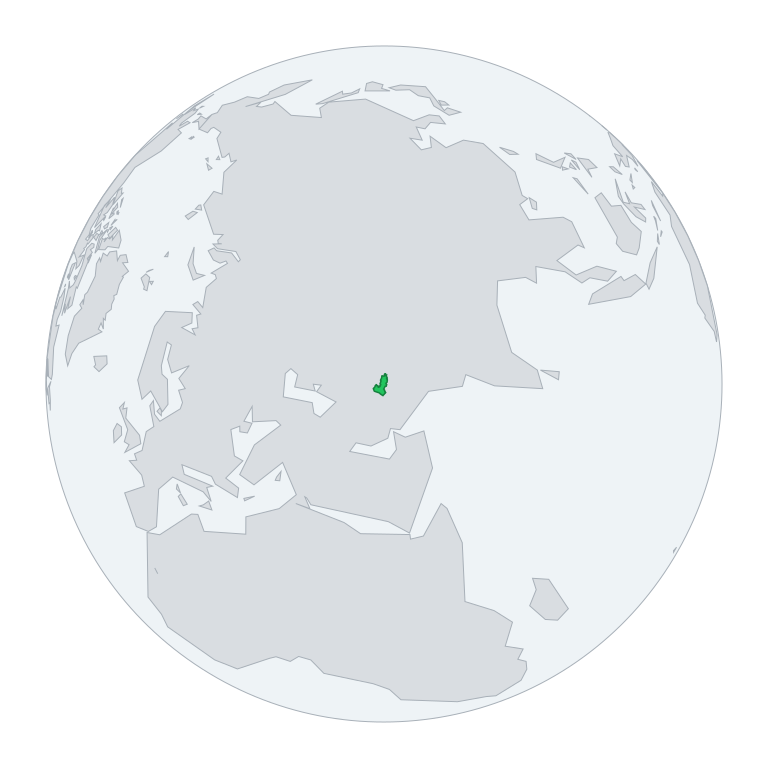 Farah on an orthographic globe, rotated 304°
{"feature_id": "AFG-1749", "entity_name": "Farah", "entity_type": "Province", "adm_level": 1, "iso_a3": "AFG", "parent_name": "Afghanistan", "parent_adm1": "", "projection": "orthographic", "projection_center": [62.843, 32.453], "detail": "medium", "context": "on_globe", "style": "filled", "palette": "green", "viewbox_px": 768, "rotation_deg": 304, "n_neighbors": 0, "source": "natural_earth", "source_scale": "10m", "svg_char_len": 12460}
<svg xmlns="http://www.w3.org/2000/svg" viewBox="0 0 768 768"><g transform="rotate(304 384 384)"><circle cx="384" cy="384" r="338" fill="#eef3f6" stroke="#a8b0b8"/><path d="M433.1,49.7L435.9,50.2L466.1,58.4L482.3,62.6L473.5,61.2L508.7,71.4L529.3,81.0L501.8,69.5L495.9,68.0L507.8,73.5L504.3,73.4L508.0,76.3L502.7,75.9L487.0,70.2L483.3,70.1L492.0,74.2L492.1,77.1L479.9,70.9L478.9,75.6L452.6,69.0L424.3,56.4L405.5,55.8L365.3,51.8L364.8,53.2L349.2,53.9L342.8,56.1L337.2,55.6L337.0,58.0L343.4,58.1L345.4,59.4L342.2,61.0L334.5,60.3L334.9,59.4L331.0,60.1L328.5,59.3L327.9,60.6L318.9,60.2L323.0,63.1L311.8,65.0L307.2,64.1L314.0,60.8L320.0,53.6L317.4,53.3L306.8,55.2L273.6,65.0L268.0,66.7L257.5,70.7L281.5,62.0L306.1,55.2L331.2,50.2L356.6,47.2L382.1,46.1L407.7,46.9L433.1,49.7ZM255.9,71.3L256.0,71.4L265.5,68.0L262.7,70.2L274.7,66.7L275.3,67.5L285.1,66.1L276.8,70.2L263.3,75.3L254.8,77.0L248.6,79.6L251.2,81.7L229.9,89.5L206.6,103.6L201.8,105.7L202.5,101.8L216.6,91.5L217.4,90.0L255.9,71.3ZM216.5,90.5L209.9,95.3L198.1,102.0L193.2,105.4L189.8,108.0L191.5,107.4L186.1,111.1L190.9,106.7L196.4,103.0L194.8,104.1L200.8,100.1L216.5,90.5ZM494.7,66.2L487.8,63.6L495.7,66.4L494.7,66.2ZM509.5,76.8L512.5,77.8L513.2,79.0L509.5,76.8ZM289.0,64.1L287.1,65.0L286.3,64.7L289.0,64.1ZM295.1,62.7L295.5,61.7L298.5,61.0L298.2,61.6L295.1,62.7ZM505.6,79.7L505.6,81.8L502.9,78.6L505.6,79.7ZM293.9,64.3L303.7,59.8L308.9,58.7L311.9,60.4L293.9,64.3ZM503.9,82.3L504.3,88.3L511.2,90.6L491.9,88.1L498.0,83.4L493.5,78.9L499.6,81.8L503.9,82.3ZM346.7,57.5L339.8,57.4L348.5,56.2L346.7,57.5ZM351.8,56.5L375.7,52.4L384.4,54.0L374.6,54.7L388.2,56.2L380.7,58.8L371.5,58.7L367.4,57.0L367.7,59.4L351.8,56.5ZM481.2,86.3L479.0,87.2L478.4,85.2L481.2,86.3ZM346.9,59.9L350.9,58.6L358.7,59.8L352.0,62.5L351.6,61.2L346.9,59.9ZM395.4,55.5L400.0,57.2L395.2,59.7L396.4,60.9L381.2,59.1L395.4,55.5ZM348.3,61.8L348.4,64.0L341.9,65.0L343.4,61.2L348.3,61.8ZM363.6,59.1L366.9,59.8L362.9,60.2L363.6,59.1ZM318.7,71.1L323.3,69.0L327.8,69.3L318.7,71.1ZM348.9,64.8L351.2,64.4L353.5,64.4L352.2,66.2L348.9,64.8ZM378.9,61.2L375.9,62.1L384.8,62.0L381.6,64.4L372.1,62.9L374.8,64.6L373.8,65.3L367.2,63.4L378.9,61.2ZM357.8,68.2L344.6,68.0L335.0,71.5L330.7,71.2L347.0,65.7L357.8,68.2ZM363.9,65.5L359.2,67.0L356.3,65.5L357.7,63.6L363.9,65.5ZM382.8,66.7L390.2,63.4L392.1,63.9L382.8,66.7ZM355.6,69.4L358.8,69.5L355.2,69.8L355.6,69.4ZM375.1,67.7L377.4,66.3L379.5,66.9L375.1,67.7ZM363.3,71.0L359.0,70.8L359.9,69.3L363.3,71.0ZM369.1,69.7L371.3,70.8L362.7,68.9L369.9,69.0L369.1,69.7ZM376.6,68.4L378.5,68.3L375.3,68.9L376.6,68.4ZM362.5,77.1L351.5,75.1L353.4,71.7L363.8,74.0L362.5,77.1ZM60.6,397.9L61.7,340.5L68.7,328.3L75.4,307.5L128.4,270.6L133.6,282.4L168.5,297.1L171.8,302.6L161.2,317.2L182.2,353.4L196.6,343.8L222.1,366.8L243.2,373.2L262.3,343.8L227.7,332.6L228.2,315.0L261.0,310.6L292.2,321.4L293.3,315.0L279.1,296.1L291.7,287.2L274.8,288.7L277.6,296.5L267.0,298.1L263.8,291.2L268.4,288.0L260.6,282.5L240.7,300.2L241.4,310.0L217.5,305.4L216.4,321.7L207.9,326.0L206.7,300.2L211.0,292.7L204.1,261.6L197.4,268.9L203.5,299.1L199.1,294.9L190.0,306.4L193.5,294.4L188.7,260.9L170.8,256.0L138.4,275.2L130.0,271.1L127.3,258.4L148.7,229.9L165.2,242.5L173.0,234.0L178.0,215.8L182.5,221.6L186.6,216.2L193.6,220.6L211.6,213.5L220.0,217.0L235.0,202.0L241.3,202.1L230.6,210.7L227.7,219.0L249.5,229.0L256.0,227.3L264.0,217.2L269.0,221.8L273.9,210.8L290.3,212.3L274.4,201.7L283.4,190.9L297.5,185.9L297.6,180.8L274.6,189.2L268.0,194.5L266.8,201.8L246.3,216.3L237.1,215.8L247.8,194.5L236.0,191.9L249.6,177.6L303.5,161.6L322.0,162.2L335.9,185.2L327.1,190.6L317.7,184.7L319.1,200.0L322.5,194.0L326.6,198.3L336.2,190.2L339.6,193.0L343.0,181.1L348.2,183.5L346.0,191.0L364.7,182.6L377.7,186.1L380.3,183.0L379.3,178.7L396.5,186.8L397.6,184.2L392.5,180.5L391.4,173.2L396.2,163.7L401.8,167.0L400.9,170.8L407.4,184.4L403.9,194.9L406.7,195.4L411.0,187.1L403.1,170.4L404.4,163.9L409.5,171.1L407.8,168.0L410.2,165.8L417.9,167.0L412.9,159.0L431.7,134.3L448.5,135.2L450.9,143.6L470.0,132.9L487.4,136.7L482.6,132.9L488.6,126.5L483.2,125.1L481.3,123.0L494.1,108.2L501.5,108.0L501.6,99.4L499.1,97.7L493.6,97.2L491.9,88.1L511.2,90.6L515.8,94.1L524.7,94.1L534.0,102.4L545.7,110.0L550.7,120.5L559.6,126.3L562.0,125.8L576.0,134.0L596.1,154.5L568.9,140.2L536.6,114.1L548.8,124.4L542.8,123.1L545.2,127.7L554.1,135.5L557.2,135.6L554.8,156.7L569.9,183.1L576.7,176.5L586.8,180.6L609.9,209.4L618.8,261.2L632.4,270.9L637.1,279.9L633.9,289.4L626.9,276.3L618.5,275.3L615.1,267.0L607.5,279.3L602.3,268.1L599.0,284.0L606.6,291.0L615.2,283.6L614.6,303.3L630.6,313.5L638.8,331.8L633.0,374.1L617.6,393.1L618.0,399.5L608.6,396.2L601.1,412.4L622.4,439.2L623.5,448.9L608.9,473.9L607.7,467.1L583.0,458.3L581.8,482.3L600.7,494.6L607.4,513.6L594.3,511.9L587.2,495.3L578.4,491.6L578.3,471.4L566.3,444.2L552.9,454.1L551.6,441.8L533.0,420.5L512.5,433.5L481.6,472.2L481.3,503.3L468.9,518.2L444.3,476.7L437.5,446.6L425.9,450.3L402.8,425.0L355.1,422.8L350.7,414.3L341.2,417.5L325.3,407.9L319.6,393.7L308.9,393.3L324.8,430.5L336.6,431.0L349.8,418.6L351.8,431.4L367.4,443.3L341.5,471.2L274.7,488.5L272.3,464.6L243.0,390.9L246.2,383.9L246.3,383.0L246.2,381.4L239.2,392.3L235.6,377.7L246.8,428.3L246.8,448.3L273.7,489.7L270.2,492.7L280.0,501.7L316.8,498.2L316.1,505.8L296.2,537.6L248.9,572.8L257.7,602.0L258.4,623.7L234.4,631.1L242.1,647.5L230.6,648.9L233.5,656.9L227.4,661.9L215.0,663.3L188.1,651.1L182.0,643.5L161.7,622.6L131.7,574.6L133.8,559.3L129.5,542.7L110.5,496.0L114.3,477.6L110.4,465.6L101.6,461.4L97.5,447.0L92.7,442.6L65.8,421.8L60.6,397.9ZM103.3,296.8L100.2,302.5L103.3,296.8ZM320.8,349.7L342.3,354.3L339.9,332.4L348.0,332.7L344.3,325.5L339.7,330.9L331.6,311.6L343.5,307.2L344.7,298.2L337.5,296.3L317.0,307.7L328.4,334.9L320.4,342.4L320.8,349.7ZM197.8,102.3L197.2,102.8L192.9,105.9L193.3,105.4L197.8,102.3ZM183.9,116.5L175.4,122.2L181.7,117.4L180.5,117.2L192.4,107.5L200.0,106.4L194.5,108.3L183.9,116.5ZM210.4,95.5L202.0,101.0L210.9,95.1L210.4,95.5ZM202.0,184.8L201.7,190.2L195.0,195.0L184.4,193.0L194.0,185.7L202.0,184.8ZM202.8,197.1L216.4,177.9L223.5,179.1L217.2,181.5L220.5,184.3L211.3,189.0L204.8,210.0L198.5,215.8L182.4,207.4L191.1,206.6L190.9,201.0L202.8,197.1ZM238.6,134.2L244.6,128.0L252.3,138.4L245.8,143.2L234.9,140.8L236.1,133.9L238.6,134.2ZM297.4,68.9L299.2,67.4L301.3,67.4L301.6,68.7L297.4,68.9ZM320.5,70.1L291.8,76.2L292.4,74.6L274.8,81.2L269.6,79.7L281.1,75.2L264.0,79.6L272.3,75.0L260.4,78.7L286.7,68.9L293.5,65.6L287.9,69.7L292.5,71.0L296.6,70.6L313.1,67.4L330.0,61.9L337.3,63.1L337.9,65.5L335.0,67.0L331.2,65.5L330.0,68.6L322.2,67.8L320.5,70.1ZM341.5,103.7L338.3,99.5L334.6,109.2L326.8,106.9L326.9,108.2L318.6,108.9L308.8,112.3L306.2,110.6L303.5,112.8L298.0,113.6L293.4,116.1L287.1,114.1L281.0,117.2L281.5,114.6L272.6,120.6L276.4,115.3L269.7,116.5L269.5,121.0L247.1,108.1L234.7,108.2L222.2,111.6L230.5,103.1L247.4,95.2L267.1,89.4L277.8,91.1L279.6,87.5L285.3,87.4L281.5,90.3L290.7,86.0L294.3,86.8L311.9,84.3L322.9,78.4L329.6,77.7L327.1,80.5L335.5,78.0L335.4,82.9L340.1,82.7L344.8,87.9L337.2,94.0L343.2,93.4L347.0,97.8L341.5,103.7ZM363.4,78.6L356.2,85.6L348.4,88.0L343.5,78.1L339.2,77.6L335.9,72.3L347.3,69.2L347.2,70.9L349.8,71.9L345.2,72.5L350.8,72.8L350.8,75.4L355.2,76.4L351.6,78.3L363.4,78.6ZM179.6,299.1L182.8,301.8L188.9,304.1L183.3,311.8L179.6,299.1ZM175.7,276.3L179.3,277.0L174.3,288.1L170.9,285.7L175.7,276.3ZM185.5,268.4L179.9,276.2L180.9,270.6L185.5,268.4ZM234.4,211.1L238.7,211.6L237.5,214.3L233.2,217.1L234.4,211.1ZM328.8,135.3L328.2,131.7L330.5,131.0L335.9,123.4L342.1,125.0L341.3,130.2L328.8,135.3ZM254.0,347.5L245.5,351.7L243.3,347.7L246.7,347.0L254.0,347.5ZM210.8,331.8L218.7,339.5L209.2,333.8L210.8,331.8ZM336.4,135.7L337.9,132.2L340.1,135.3L336.4,135.7ZM346.9,125.8L350.2,128.6L343.5,124.3L346.9,125.8ZM407.7,717.2L412.3,717.8L406.4,718.2L407.7,717.2ZM314.2,629.8L300.8,662.5L285.3,660.0L279.0,649.4L281.6,628.8L298.6,625.2L306.0,615.8L314.2,629.8ZM660.7,531.0L666.0,528.2L665.6,529.6L660.7,531.0ZM655.2,530.8L661.8,526.7L653.6,534.3L655.2,530.8ZM664.3,525.1L671.0,517.9L673.9,513.7L673.1,516.8L664.3,525.1ZM650.5,533.8L622.5,548.6L610.8,550.7L614.1,544.8L633.2,536.9L650.5,533.8ZM613.2,545.1L594.4,539.6L564.5,509.1L575.3,506.5L605.7,520.3L603.9,525.2L615.3,531.1L613.2,545.1ZM656.3,498.7L654.3,512.0L639.4,519.5L632.3,521.2L627.5,507.6L630.3,498.0L636.3,495.3L656.4,454.7L664.0,457.2L658.6,473.1L664.6,480.5L656.3,498.7ZM483.0,505.9L492.2,522.4L485.1,526.3L483.0,505.9ZM662.1,429.3L655.6,447.1L660.8,425.5L662.1,429.3ZM663.8,410.4L665.4,416.5L661.1,412.4L663.8,410.4ZM620.0,408.7L613.8,413.3L612.5,408.7L619.7,400.2L620.0,408.7ZM644.9,347.4L649.2,361.3L649.5,366.7L644.6,359.9L644.9,347.4ZM391.5,150.0L377.0,158.4L370.8,166.7L373.7,174.5L363.4,167.7L373.1,154.8L391.5,150.0ZM426.2,135.6L423.5,129.7L428.7,130.5L430.0,132.0L426.2,135.6ZM421.7,133.3L410.9,129.7L412.1,125.3L420.4,129.0L421.7,133.3ZM373.3,131.3L368.6,133.5L366.9,130.9L373.3,131.3ZM646.2,597.2L611.1,632.6L604.8,636.2L612.2,628.4L618.1,613.1L620.7,611.8L626.3,598.7L653.9,570.5L675.4,534.3L684.0,526.7L694.6,501.3L701.3,492.5L695.6,510.0L698.1,508.5L710.7,468.7L708.3,479.0L699.7,504.5L689.1,529.2L676.7,552.9L662.3,575.7L646.2,597.2ZM673.8,522.2L682.1,507.0L685.7,502.9L673.8,522.2ZM715.7,448.8L715.6,447.2L712.2,461.9L706.5,472.8L709.0,464.4L709.1,457.3L701.0,465.9L699.4,462.5L703.0,454.4L696.6,457.5L703.8,446.5L705.9,454.8L709.6,440.6L714.4,434.1L717.7,429.2L718.6,430.5L717.8,435.8L717.6,437.7L715.7,448.8ZM702.2,472.4L703.3,470.9L701.9,475.7L702.2,472.4ZM719.4,425.6L719.2,426.8L720.0,419.9L719.4,425.6ZM721.3,404.9L721.3,404.5L721.3,404.0L721.3,404.9ZM687.7,478.5L687.1,482.1L685.0,481.6L687.7,478.5ZM690.6,473.8L696.6,471.0L689.9,477.2L690.6,473.8ZM668.5,480.7L670.8,486.8L678.1,476.4L672.5,487.7L676.6,496.7L674.6,502.8L670.7,492.7L667.9,508.2L664.6,510.3L663.6,499.4L667.3,482.0L670.6,473.4L683.4,460.9L668.5,480.7ZM690.9,464.4L689.1,456.9L690.3,449.5L692.3,452.6L690.9,464.4ZM682.5,439.5L676.1,432.9L671.6,440.8L679.6,418.0L684.5,428.0L682.5,439.5ZM675.2,419.2L671.1,426.5L674.5,414.0L675.2,419.2ZM669.3,423.7L667.6,416.5L671.5,414.8L669.3,423.7ZM677.6,417.7L676.3,404.2L679.4,410.3L677.6,417.7ZM662.6,400.6L673.2,407.3L661.6,409.6L655.4,384.9L659.9,381.2L662.6,400.6ZM651.5,281.7L647.2,275.5L649.7,270.8L651.9,276.4L651.5,281.7ZM653.7,252.2L648.9,267.6L644.4,281.1L648.4,282.1L652.2,295.6L643.2,287.7L642.4,269.8L646.8,261.9L642.2,251.2L642.3,240.7L634.2,229.5L632.5,222.6L641.2,230.6L653.7,252.2ZM630.4,225.1L616.4,204.4L623.4,201.5L628.1,205.4L631.6,215.8L627.7,216.7L630.4,225.1ZM615.1,198.8L611.1,199.7L582.1,176.3L577.8,170.9L603.5,185.8L601.2,187.7L607.1,194.3L615.1,198.8ZM482.5,88.6L479.3,87.3L482.7,87.5L482.5,88.6ZM478.2,122.4L476.3,119.5L480.3,119.4L478.2,122.4ZM473.1,111.7L469.9,113.8L470.9,110.2L473.1,111.7ZM463.1,119.0L467.5,114.0L466.7,120.8L463.1,119.0Z" fill="#d9dde1" stroke="#a8b0b8" stroke-width="1"/><path d="M377.8,390.2L374.0,389.6L373.8,389.6L373.7,388.6L373.8,388.1L373.7,387.6L373.8,386.9L373.7,386.6L373.7,386.4L373.9,386.1L374.0,385.1L372.8,380.7L372.7,380.3L372.7,379.8L373.7,378.5L374.1,378.2L374.1,377.8L374.5,377.7L375.7,378.0L376.9,378.0L377.1,378.0L377.3,377.9L377.5,377.7L378.1,377.8L379.1,377.9L379.2,378.1L379.0,378.3L379.0,378.7L378.6,379.1L378.8,379.4L379.1,379.8L378.2,380.7L378.2,381.3L378.3,381.4L378.7,381.4L379.1,381.8L379.6,381.4L379.8,381.4L379.9,381.8L380.0,382.0L380.6,381.8L381.6,381.7L381.7,381.2L381.7,380.9L382.3,380.4L382.5,380.4L382.7,380.5L383.0,380.5L383.3,380.3L383.5,380.1L383.8,380.1L384.4,379.9L384.4,380.0L384.8,379.9L385.0,379.7L385.2,379.0L385.5,378.9L385.8,379.0L386.2,378.8L387.5,378.7L388.1,378.4L388.7,378.3L389.0,377.9L389.4,377.7L389.5,377.7L389.7,377.9L390.2,378.7L390.2,379.1L390.4,379.2L390.8,379.8L391.0,379.8L391.4,380.0L391.7,379.9L391.6,379.6L392.1,379.4L392.3,378.9L392.7,379.0L393.1,379.1L393.3,379.4L393.2,379.7L393.2,379.9L392.8,380.3L392.5,380.6L392.4,381.1L392.6,381.2L391.7,381.6L391.4,381.9L391.4,382.1L391.1,382.4L391.0,382.6L391.2,382.9L390.6,383.3L390.0,383.3L389.9,383.2L389.8,383.3L389.7,383.4L389.7,383.5L389.9,384.0L389.5,384.3L389.4,384.3L389.0,384.5L388.9,384.7L388.6,384.7L388.4,384.8L388.0,385.1L387.4,385.5L386.4,385.3L385.6,385.2L385.3,385.5L385.2,386.3L385.0,386.6L384.7,386.7L384.1,386.8L383.5,387.1L383.4,387.0L382.8,386.3L382.5,386.2L381.8,386.4L379.7,386.5L379.7,387.0L379.2,387.3L379.2,387.5L379.2,387.9L378.8,388.3L378.4,389.0L378.1,389.0L378.1,389.4L378.1,389.5L377.9,389.6L377.9,389.8L377.9,390.0L377.8,390.2Z" fill="#22c55e" stroke="#15803d" stroke-width="1.5"/></g></svg>